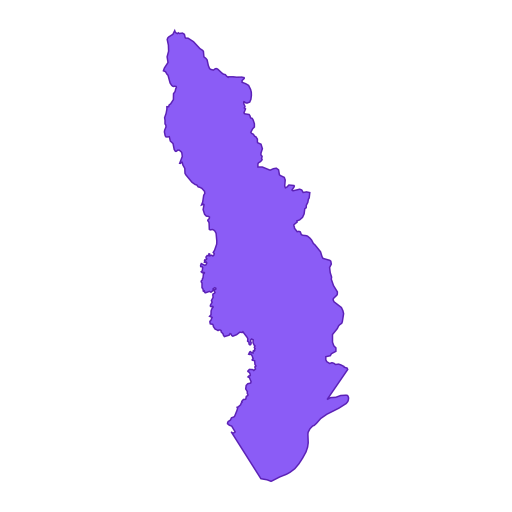 the district of Monte Alegre, Pará, Brazil
{"feature_id": "56859067B76441497058081", "entity_name": "Monte Alegre", "entity_type": "district", "adm_level": 2, "iso_a3": "BRA", "parent_name": "Brazil", "parent_adm1": "Pará", "projection": "mercator", "projection_center": [-54.454, -1.021], "detail": "fine", "context": "isolated", "style": "filled", "palette": "violet", "viewbox_px": 512, "rotation_deg": 0, "n_neighbors": 0, "source": "geoboundaries", "source_scale": "gbopen_adm2", "svg_char_len": 6064}
<svg xmlns="http://www.w3.org/2000/svg" viewBox="0 0 512 512"><path d="M231.2,431.8L260.9,478.7L267.1,479.8L271.0,481.3L271.6,481.1L279.8,476.9L286.8,474.1L290.0,472.3L294.8,468.7L298.9,463.8L302.6,458.1L306.0,451.9L307.6,447.1L308.2,442.8L307.9,434.3L308.1,432.3L310.0,428.7L312.6,426.0L314.2,425.4L316.4,423.4L320.7,418.5L326.9,414.2L338.8,408.2L346.2,403.5L347.8,401.5L348.3,400.0L348.6,398.0L348.0,396.1L347.1,395.3L345.9,395.2L340.7,395.5L335.8,397.3L330.6,397.6L327.1,399.5L347.7,369.5L347.1,368.1L344.2,367.2L344.0,366.5L340.9,364.9L338.6,364.1L335.5,364.5L333.9,363.3L331.9,362.7L329.7,363.5L326.8,361.7L325.8,359.8L325.8,356.7L330.3,355.7L331.4,353.7L335.9,351.3L335.9,347.9L333.8,345.8L332.5,342.2L332.5,334.5L337.3,328.6L338.6,325.9L339.7,324.7L341.7,323.3L342.3,321.8L343.6,313.7L342.9,310.7L341.4,307.5L334.0,301.8L333.1,299.8L333.4,298.5L336.9,295.1L337.3,294.2L337.4,291.9L333.5,285.6L331.3,279.2L331.6,277.1L330.2,272.6L329.6,267.5L331.3,264.1L330.8,261.2L329.7,260.3L323.0,258.4L322.0,256.6L320.5,251.7L314.9,244.8L313.4,243.5L311.6,240.1L310.0,238.2L307.5,236.1L305.9,235.6L302.8,235.3L301.3,234.6L300.3,231.9L298.9,231.3L297.2,231.7L294.4,228.1L294.4,227.0L293.8,225.8L294.0,224.6L297.1,222.1L296.9,220.9L299.6,219.9L302.5,217.4L304.1,213.9L304.8,208.7L306.2,207.7L306.3,205.3L307.8,202.4L308.4,199.2L309.2,197.9L309.8,192.6L306.5,191.9L303.2,192.5L301.7,190.0L299.7,189.2L293.0,190.8L292.0,190.0L294.1,186.9L294.3,186.0L293.9,185.5L288.9,185.0L286.8,187.2L285.4,187.8L284.7,186.1L285.2,180.0L284.3,177.4L280.3,175.5L279.4,174.7L278.6,169.9L276.3,168.2L273.4,168.7L270.1,170.2L262.3,167.0L257.9,167.0L257.9,164.0L258.4,162.9L260.5,161.6L261.8,160.2L262.1,159.4L261.6,158.7L262.1,156.3L260.9,154.8L261.0,153.0L262.4,148.7L261.0,144.2L257.8,142.8L257.4,142.2L257.4,139.1L255.8,136.7L254.6,136.3L253.4,134.3L251.5,133.3L250.8,132.3L252.7,128.7L254.4,127.0L254.4,123.8L253.2,120.1L252.2,118.4L250.6,117.9L250.0,115.9L249.1,114.5L245.1,113.9L244.3,113.5L244.0,112.7L245.5,108.9L244.3,107.9L245.0,106.4L243.9,104.1L243.7,102.2L243.9,101.7L244.4,101.8L245.6,102.8L247.0,103.1L249.7,102.1L250.9,99.3L251.4,95.4L251.3,92.2L250.6,89.5L248.6,85.4L245.7,83.7L242.1,82.3L242.1,80.5L244.2,78.5L244.1,77.6L241.7,77.1L236.6,77.2L233.1,76.8L228.6,76.8L228.2,77.3L226.6,76.2L225.3,74.6L223.5,74.2L221.7,72.9L217.9,69.3L216.7,68.6L215.3,68.7L213.4,70.1L210.4,69.3L209.4,68.2L208.3,65.4L207.1,59.9L206.0,58.5L203.9,56.8L203.4,51.3L202.5,50.3L199.9,48.6L193.5,41.7L188.1,38.2L185.7,38.1L185.2,37.7L184.4,34.3L182.5,33.1L179.2,33.5L178.3,32.8L177.3,33.6L176.4,33.2L175.1,31.9L174.7,30.7L172.9,34.3L168.9,36.8L167.8,37.9L167.2,39.5L168.4,45.1L168.6,51.2L167.1,56.8L168.0,62.5L164.4,68.0L163.4,70.8L165.5,71.7L167.1,74.4L168.0,75.2L170.1,83.0L171.7,85.4L172.7,86.2L173.7,86.5L174.7,86.2L176.2,86.5L176.4,87.5L175.7,88.8L175.1,91.5L173.5,93.7L173.4,99.6L170.6,103.9L169.2,104.9L168.6,106.7L166.9,106.7L166.9,109.1L166.1,113.4L164.6,117.7L165.0,120.1L165.0,123.9L165.8,125.0L166.0,126.9L164.7,130.1L164.4,131.9L165.1,135.4L165.7,136.7L166.8,137.0L169.3,136.7L170.3,141.0L173.0,143.5L174.2,149.5L175.4,151.3L176.3,151.3L177.9,150.1L179.3,150.2L181.2,151.8L181.8,152.8L182.3,156.4L179.7,163.3L180.4,163.4L181.5,162.3L182.2,162.3L182.9,165.0L184.8,168.4L185.0,173.3L185.8,174.8L192.0,182.3L195.3,184.6L196.7,184.9L198.2,186.9L199.8,187.3L201.9,188.4L204.5,191.3L204.8,193.4L203.7,195.3L202.7,202.0L201.5,205.0L203.6,204.2L204.0,204.8L203.1,209.6L204.6,214.3L206.3,216.1L208.5,216.4L209.5,217.1L209.3,218.5L207.8,220.1L207.8,220.7L208.9,222.2L209.1,223.5L209.3,229.3L210.2,229.9L212.4,229.5L213.7,230.0L215.0,231.2L216.1,233.4L216.8,241.1L216.7,244.1L214.6,250.2L213.2,252.5L214.2,253.5L214.0,254.9L212.9,256.0L211.6,255.2L209.9,255.8L209.7,254.0L209.0,253.8L208.6,255.3L208.1,255.8L207.2,255.5L206.0,257.0L206.1,258.0L206.8,258.9L205.5,260.2L204.8,259.9L204.5,260.6L204.8,261.0L204.4,262.2L205.1,262.4L206.2,262.0L206.8,263.0L206.0,264.8L204.8,265.3L201.3,263.6L200.6,265.4L200.7,266.6L202.3,266.9L202.7,267.5L202.3,270.7L201.2,271.8L202.3,272.8L203.7,272.3L204.4,272.6L204.4,273.1L203.4,274.1L203.0,277.9L202.5,278.5L202.3,279.9L201.2,281.1L201.2,281.9L202.0,283.0L202.0,287.8L202.6,288.3L203.2,289.9L203.2,291.0L203.8,291.4L204.4,291.0L204.9,292.6L205.5,292.8L209.4,291.4L211.0,292.2L213.1,290.5L213.1,288.8L214.7,287.7L215.8,288.2L215.9,289.0L215.2,289.6L214.3,289.8L214.0,290.4L215.0,292.5L214.5,293.3L213.2,293.8L212.8,294.8L213.1,297.4L211.4,300.6L212.1,302.2L210.5,305.1L210.3,306.0L210.7,306.5L211.4,306.7L212.1,306.3L212.9,306.5L213.1,307.1L211.7,309.1L211.1,311.0L211.0,314.8L209.6,316.3L212.1,317.4L210.9,320.3L209.9,321.3L210.0,322.7L210.3,323.9L212.6,324.3L213.3,325.5L213.4,326.6L215.2,329.2L216.7,329.7L217.5,330.4L218.3,330.5L219.1,329.9L220.6,330.2L221.2,330.8L221.1,331.8L223.0,333.8L223.4,335.2L224.4,336.6L229.1,335.2L230.1,333.6L231.0,334.0L231.6,335.4L232.8,336.2L236.6,334.7L239.8,332.2L242.3,332.5L242.9,331.8L247.3,337.6L247.8,338.8L247.6,341.2L249.0,342.3L249.0,344.0L249.7,344.8L250.4,344.8L250.9,344.2L251.2,342.8L250.6,341.3L250.7,339.9L251.6,339.0L253.2,339.8L253.0,342.7L254.5,345.7L255.0,346.0L254.3,347.4L255.1,348.6L254.6,349.1L254.7,350.6L254.4,351.0L253.7,350.7L253.2,351.0L253.0,353.0L251.5,352.6L250.4,351.6L249.7,352.0L248.7,354.2L249.8,354.5L250.8,354.2L251.3,354.7L252.1,355.7L253.1,358.7L252.2,359.6L252.3,360.2L254.6,360.7L255.0,364.6L255.8,365.6L255.7,366.4L255.0,366.7L254.9,367.2L255.5,369.0L253.8,370.5L252.8,369.6L249.4,369.4L247.9,371.0L247.9,371.5L249.2,372.3L249.9,373.3L250.3,375.0L250.2,375.6L248.8,376.0L248.0,376.9L249.4,377.7L251.1,381.7L250.6,383.1L247.8,383.7L246.2,385.4L245.7,388.9L247.4,391.7L247.2,393.2L247.9,394.4L247.8,395.5L246.3,396.4L245.8,399.0L245.2,399.4L243.5,399.4L242.2,400.8L241.7,401.6L242.0,402.3L241.2,403.1L240.6,404.8L238.2,406.9L237.1,407.3L237.6,408.1L237.1,410.1L234.7,416.1L234.0,416.9L231.5,417.8L230.4,420.1L228.2,421.5L227.7,422.4L227.5,423.7L229.3,425.2L231.7,426.1L235.1,431.8L234.9,432.3L233.3,433.0L232.4,432.9L231.2,431.8Z" fill="#8b5cf6" stroke="#5b21b6" stroke-width="1.5"/></svg>